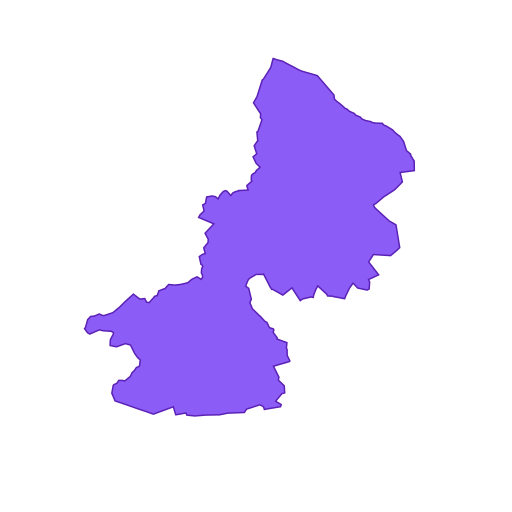 Giade, Bauchi, Nigeria (orthographic projection), rotated 204°
{"feature_id": "59680162B9145923747098", "entity_name": "Giade", "entity_type": "district", "adm_level": 2, "iso_a3": "NGA", "parent_name": "Nigeria", "parent_adm1": "Bauchi", "projection": "orthographic", "projection_center": [10.272, 11.415], "detail": "fine", "context": "isolated", "style": "filled", "palette": "violet", "viewbox_px": 512, "rotation_deg": 204, "n_neighbors": 0, "source": "geoboundaries", "source_scale": "gbopen_adm2", "svg_char_len": 3911}
<svg xmlns="http://www.w3.org/2000/svg" viewBox="0 0 512 512"><g transform="rotate(204 256 256)"><path d="M320.7,443.4L319.2,434.3L321.2,420.4L321.6,419.7L321.9,419.4L319.9,402.0L320.6,394.9L309.5,387.7L308.3,384.2L306.0,383.0L304.9,370.6L305.6,369.6L301.1,361.6L301.6,360.9L302.5,355.9L296.9,349.7L299.0,345.4L293.4,340.6L288.4,338.8L290.5,334.1L290.5,332.3L292.7,328.9L292.8,327.4L291.3,323.5L290.2,322.8L293.0,316.7L292.5,315.8L290.0,313.0L296.4,309.8L298.6,308.7L298.6,308.3L301.2,306.2L302.9,304.1L303.6,301.0L308.9,303.4L310.5,303.3L312.1,301.7L313.6,297.2L313.9,292.7L317.1,293.7L320.5,293.0L325.1,289.9L323.6,283.4L325.5,281.0L321.7,276.0L323.9,270.9L324.1,267.9L307.6,268.2L311.8,256.1L306.4,251.8L305.3,248.7L307.1,242.2L303.3,237.5L305.4,235.9L307.6,232.4L302.9,226.0L302.0,226.0L300.4,224.9L300.5,222.4L299.1,218.4L296.7,216.2L296.2,214.8L296.5,212.4L301.4,213.0L305.1,208.7L306.1,206.7L307.4,203.9L309.9,201.9L313.0,199.6L314.7,198.5L317.0,197.2L318.7,196.2L319.8,195.9L324.1,194.5L325.1,191.8L325.1,191.2L325.3,191.1L325.3,190.9L325.7,190.0L325.8,189.3L326.0,188.7L326.7,188.6L330.7,184.5L330.5,183.6L330.4,183.1L330.3,180.9L330.1,179.5L331.0,179.1L331.8,178.2L332.3,177.9L332.7,175.9L333.4,173.9L334.6,170.0L337.2,169.3L340.3,171.9L343.2,170.2L344.7,169.4L352.5,171.3L357.3,160.4L359.9,153.6L363.8,145.9L370.8,139.6L372.8,139.2L375.6,139.3L379.1,135.5L382.5,133.5L383.9,129.4L382.7,121.3L383.1,119.9L378.5,117.3L378.0,117.3L376.1,117.1L374.1,119.3L371.2,122.5L368.9,124.9L365.7,125.4L357.7,128.3L355.1,128.0L354.9,127.7L354.6,126.6L355.0,120.6L354.7,119.4L353.3,115.9L352.8,114.9L346.5,116.3L345.9,116.9L339.7,122.8L336.6,123.3L334.4,123.6L332.6,122.1L331.4,121.1L328.5,118.7L327.1,117.6L324.3,115.9L322.6,115.0L319.3,113.9L319.1,112.6L317.8,108.7L318.3,106.9L319.6,105.9L320.1,104.7L320.4,102.2L321.8,98.9L321.8,95.0L322.0,94.6L325.1,88.4L326.9,88.2L330.5,86.7L330.8,86.5L331.3,83.2L333.6,80.5L333.8,79.7L331.9,72.0L325.8,66.3L311.6,67.6L309.5,67.7L307.9,67.9L306.3,68.0L304.9,68.1L299.3,68.6L293.1,69.2L285.4,69.8L270.2,84.6L264.8,78.4L264.7,78.3L256.1,84.1L254.5,82.5L246.8,85.0L237.3,90.2L224.7,96.1L218.0,100.9L203.0,108.3L202.3,112.3L192.1,121.5L189.3,121.6L189.2,121.6L187.6,121.1L185.9,119.2L185.0,119.9L172.3,128.3L172.5,130.5L179.0,131.3L176.4,140.7L174.1,142.6L177.4,148.9L185.1,151.7L185.8,154.7L186.1,154.9L195.2,162.4L191.7,165.4L182.7,173.0L182.3,173.8L187.1,177.9L189.5,183.1L190.8,184.3L192.5,189.4L203.2,188.7L203.4,189.9L209.4,193.3L209.5,195.5L210.5,196.5L214.6,196.0L216.8,197.9L219.0,199.8L221.5,200.0L227.6,202.7L227.8,202.6L237.8,206.3L242.6,210.9L242.6,211.2L242.7,214.6L249.5,223.5L253.2,224.2L253.4,228.9L253.4,231.1L252.6,233.3L248.3,239.3L242.1,242.0L241.7,242.5L232.0,234.7L231.6,234.2L228.1,231.9L227.2,232.3L215.6,231.2L210.2,241.5L197.4,233.2L196.0,235.7L189.1,240.9L186.9,241.4L187.5,244.4L187.7,249.5L187.4,253.8L175.7,249.8L174.3,248.6L169.5,250.5L168.1,250.5L164.8,251.4L157.7,253.0L157.8,256.8L157.5,264.8L156.3,270.7L150.0,268.1L140.6,270.1L139.2,271.8L141.6,278.5L143.6,280.3L136.3,288.7L150.7,296.4L149.3,305.1L133.2,311.1L129.9,317.8L128.1,322.1L140.8,341.4L148.6,342.2L166.5,348.2L169.0,349.7L169.3,350.8L167.9,352.6L163.4,361.9L157.8,370.5L156.1,373.3L152.4,383.2L158.3,390.9L157.3,391.5L146.1,398.4L150.1,407.1L152.9,408.9L153.9,409.7L156.0,411.0L156.0,411.9L161.4,413.5L167.8,420.7L173.0,423.8L177.1,424.7L180.2,425.7L182.3,426.7L189.5,427.7L192.5,427.6L194.6,428.6L198.8,426.9L199.7,426.5L203.7,425.2L205.6,425.5L211.0,424.3L213.0,424.3L215.1,424.3L217.1,425.3L219.2,425.3L222.3,425.2L222.8,425.5L224.3,426.2L226.4,426.2L229.5,426.2L232.6,427.2L234.6,427.1L237.0,427.9L237.5,428.1L240.8,429.1L244.9,430.1L245.8,430.4L248.0,431.1L250.3,434.8L259.4,439.1L273.3,445.7L290.2,443.4L294.4,443.6L298.0,443.9L299.5,444.0L303.6,444.2L307.9,444.5L310.7,444.8L317.9,443.6L320.0,443.6L320.7,443.4Z" fill="#8b5cf6" stroke="#5b21b6" stroke-width="1.5"/></g></svg>